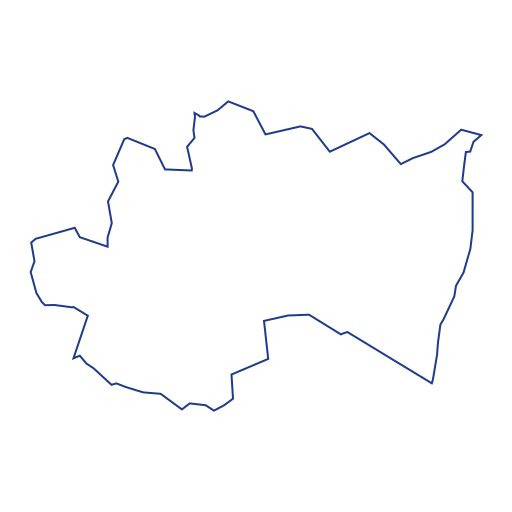 Obokun, Osun, Nigeria (Mercator projection)
{"feature_id": "59680162B29331014496737", "entity_name": "Obokun", "entity_type": "district", "adm_level": 2, "iso_a3": "NGA", "parent_name": "Nigeria", "parent_adm1": "Osun", "projection": "mercator", "projection_center": [4.764, 7.778], "detail": "fine", "context": "isolated", "style": "outline", "palette": "blue", "viewbox_px": 512, "rotation_deg": 0, "n_neighbors": 0, "source": "geoboundaries", "source_scale": "gbopen_adm2", "svg_char_len": 1286}
<svg xmlns="http://www.w3.org/2000/svg" viewBox="0 0 512 512"><path d="M233.0,398.7L231.5,374.5L268.2,358.9L264.0,320.9L288.0,315.5L309.0,314.7L340.9,334.4L341.9,333.9L347.3,332.0L431.8,383.3L432.8,379.9L433.1,378.4L437.1,354.5L437.5,348.3L438.1,341.7L440.4,324.6L443.6,319.2L447.5,310.9L454.3,296.4L456.0,285.7L463.5,272.6L470.4,248.7L471.8,236.9L472.6,230.3L472.6,220.3L472.6,208.6L472.6,192.3L462.3,181.3L464.3,164.0L465.9,152.0L470.2,151.6L473.5,141.8L481.3,135.1L461.2,129.7L444.7,144.3L431.4,151.8L412.9,158.1L400.8,164.1L383.9,144.5L369.5,133.1L329.8,151.7L312.0,128.9L300.4,126.4L265.5,134.4L253.3,111.2L228.2,101.4L217.6,110.3L204.3,116.7L199.7,116.4L198.8,115.3L197.3,114.5L194.5,113.0L195.0,117.0L193.4,130.1L194.5,137.9L187.1,146.8L191.9,168.4L191.7,170.5L165.0,169.4L154.9,149.0L127.4,137.9L124.3,139.1L113.1,165.0L118.3,181.7L108.0,201.4L111.8,223.2L107.6,237.5L107.6,246.7L79.8,237.2L74.7,227.8L35.6,238.8L31.2,242.6L34.5,261.2L30.7,272.1L36.4,293.0L41.8,302.0L45.0,305.2L54.6,305.0L71.7,307.3L73.7,307.1L87.8,315.7L73.5,358.3L79.8,355.7L86.5,363.6L93.5,368.2L111.5,384.8L116.4,383.4L125.7,387.0L136.0,390.2L143.4,392.4L160.6,393.8L181.9,409.4L189.7,403.4L205.6,405.2L213.9,410.6L214.2,410.5L224.1,405.3L233.0,398.7Z" fill="none" stroke="#1e3a8a" stroke-width="2"/></svg>